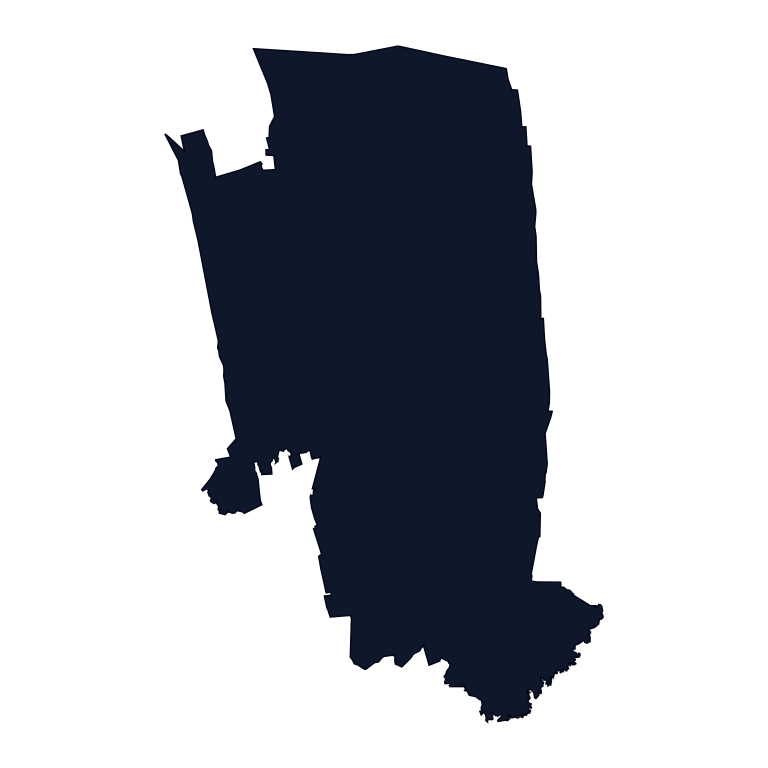 the district of Ciudad Valles, San Luis Potosí, Mexico
{"feature_id": "50627088B67869096393149", "entity_name": "Ciudad Valles", "entity_type": "district", "adm_level": 2, "iso_a3": "MEX", "parent_name": "Mexico", "parent_adm1": "San Luis Potosí", "projection": "natural_earth1", "projection_center": [-99.028, 22.078], "detail": "fine", "context": "isolated", "style": "filled", "palette": "ink", "viewbox_px": 768, "rotation_deg": 0, "n_neighbors": 0, "source": "geoboundaries", "source_scale": "gbopen_adm2", "svg_char_len": 6121}
<svg xmlns="http://www.w3.org/2000/svg" viewBox="0 0 768 768"><path d="M212.1,313.7L218.4,340.7L217.7,348.3L218.8,350.4L219.5,356.5L223.6,365.5L224.0,370.0L223.7,376.1L225.0,383.5L226.1,401.2L230.0,410.9L236.2,438.8L227.5,448.7L230.7,457.1L215.7,459.8L215.7,460.8L217.6,462.5L218.5,465.4L215.7,468.6L215.8,469.5L213.6,473.6L210.0,479.4L201.7,489.7L202.8,490.9L206.8,488.7L208.6,490.2L207.9,492.1L209.2,496.0L210.7,496.7L211.8,499.8L210.5,500.2L210.8,501.6L214.1,503.5L216.0,502.4L218.7,506.3L218.2,509.6L218.8,510.1L219.5,509.1L220.6,509.0L219.1,511.9L219.5,513.2L225.2,514.6L228.1,511.5L228.7,512.2L229.5,512.0L232.3,513.2L235.0,512.9L236.9,510.6L242.4,511.7L244.3,513.3L261.8,504.7L260.2,500.3L258.0,479.2L256.1,472.9L254.5,470.3L254.7,467.6L253.5,461.8L258.3,461.7L257.9,464.1L258.4,465.3L258.8,465.2L260.6,471.8L261.9,471.2L261.7,474.5L271.8,474.0L271.4,467.9L269.9,464.1L270.9,461.7L272.1,460.7L272.7,458.4L273.7,457.8L274.6,458.3L276.0,462.4L275.8,462.9L278.1,461.1L277.8,459.1L278.4,458.8L277.4,456.7L279.1,450.0L283.4,451.2L284.4,449.4L285.1,449.4L286.9,448.0L288.3,450.9L290.3,451.8L291.8,455.8L289.0,456.3L292.6,469.1L294.4,467.3L301.8,464.1L298.8,453.5L306.1,452.3L305.9,451.7L310.1,450.3L311.4,456.8L312.3,459.1L315.8,458.0L320.1,457.6L320.3,457.0L320.8,457.0L312.4,488.7L314.9,488.3L316.4,488.7L315.4,489.3L313.7,489.3L313.2,495.2L311.9,495.8L310.8,495.1L310.2,497.1L311.6,507.8L314.8,518.9L317.3,525.1L315.0,526.3L315.9,528.1L313.5,528.6L321.6,554.2L318.7,556.2L321.0,569.4L326.2,592.8L331.3,592.1L331.0,595.3L324.4,596.0L327.0,608.2L327.9,609.7L330.2,617.0L350.1,615.4L351.5,617.9L350.3,657.1L352.3,659.6L354.4,663.8L358.1,665.0L363.9,669.0L365.9,669.2L374.6,662.6L378.5,661.9L382.4,657.3L383.8,656.4L392.5,655.2L394.1,655.8L395.1,657.2L394.8,661.0L395.4,664.0L401.8,666.9L410.1,658.7L413.6,653.9L419.5,650.9L421.3,648.0L423.8,645.5L424.0,647.3L429.1,665.2L439.8,660.9L440.5,657.7L448.2,661.3L448.7,662.9L450.2,664.2L449.4,667.6L446.7,671.2L445.8,674.3L444.1,676.5L445.5,678.4L445.6,680.1L444.7,681.9L445.0,683.6L449.2,683.4L450.1,684.3L450.3,685.8L449.5,685.8L449.9,686.6L462.6,686.6L463.2,685.3L466.0,689.7L464.6,690.3L464.8,690.6L467.1,690.9L469.3,695.2L475.8,696.6L479.1,699.2L481.4,700.2L482.3,704.7L481.2,707.9L481.8,710.0L481.1,710.9L479.9,711.3L481.2,714.9L483.8,712.2L484.7,713.3L485.7,715.0L486.3,718.1L485.8,720.0L486.1,720.9L487.4,721.9L487.2,720.9L487.9,719.9L489.9,719.3L491.8,719.7L492.9,719.0L492.5,716.7L490.9,713.7L491.8,712.6L493.2,713.0L493.0,714.8L494.9,714.4L495.5,715.6L496.6,715.0L497.4,716.2L501.6,714.1L502.0,714.6L501.7,716.0L501.0,717.1L497.7,720.3L497.9,721.2L498.6,721.4L505.4,720.1L507.6,720.6L508.7,719.5L507.6,719.0L508.2,718.2L507.8,715.1L509.5,715.6L509.4,716.2L510.2,716.4L509.7,717.7L510.0,718.4L511.8,717.0L512.9,717.8L514.6,716.9L517.1,717.9L518.9,717.6L519.1,715.8L520.6,714.6L521.0,716.9L522.4,717.5L522.8,717.2L523.1,716.0L524.3,715.3L523.3,714.4L523.5,713.7L525.3,713.7L525.9,715.1L526.5,715.2L527.2,713.3L529.6,713.0L530.3,711.5L530.5,710.8L530.0,710.2L528.1,710.8L528.8,708.0L530.0,706.9L531.0,708.2L531.4,707.8L530.3,704.9L531.1,704.1L530.9,703.6L529.5,703.7L528.7,702.4L527.8,702.0L528.6,699.7L529.9,698.6L530.0,697.9L528.9,695.3L527.8,694.7L528.8,693.9L528.8,692.9L529.9,692.3L528.1,691.7L527.4,692.6L526.9,691.7L527.1,690.8L530.2,689.5L530.6,688.5L531.3,690.0L533.8,692.5L534.6,697.8L535.9,698.5L538.7,695.4L538.9,693.2L540.5,693.3L539.2,692.2L539.0,691.0L541.3,691.8L541.0,690.0L540.3,689.5L541.1,687.0L542.9,686.1L542.2,683.9L543.2,683.9L543.5,682.6L542.3,681.6L542.0,680.7L540.5,680.3L542.0,678.5L540.9,677.5L541.1,676.7L542.5,677.7L543.9,680.2L545.3,679.8L546.8,681.0L545.9,683.8L548.1,684.3L548.0,685.8L549.3,684.9L550.7,685.0L551.1,682.5L550.2,682.4L551.3,681.1L551.1,680.6L549.9,680.7L550.5,679.1L550.0,677.8L551.5,679.0L551.5,676.9L552.2,676.6L553.3,677.7L554.2,673.7L555.3,673.1L556.3,673.6L557.2,673.2L556.9,671.4L557.4,670.2L558.1,670.7L559.7,669.9L560.7,670.3L560.0,671.9L560.5,672.7L562.0,671.5L563.3,671.7L563.9,669.8L563.1,669.5L563.3,668.9L565.1,669.7L566.3,669.3L565.9,670.6L566.7,670.8L567.2,669.0L568.5,668.8L567.6,666.3L569.2,664.0L568.9,663.0L569.9,663.3L570.2,665.5L570.9,664.7L570.7,662.7L571.1,662.1L572.0,662.5L572.6,664.7L574.0,664.8L575.8,663.8L575.5,663.0L574.3,662.4L573.6,660.4L575.1,660.2L575.4,659.3L572.8,658.4L572.5,657.5L572.9,656.7L575.3,657.4L579.1,657.0L579.9,655.8L580.0,654.5L579.8,653.7L578.9,653.2L578.0,654.4L577.0,654.8L576.3,652.9L573.2,651.8L572.8,650.4L572.9,648.9L573.5,648.3L574.6,649.2L575.0,648.6L575.0,645.3L579.3,643.5L583.7,640.2L584.8,642.3L586.0,642.9L586.9,643.1L590.0,641.6L590.1,637.3L589.2,634.8L590.6,632.7L590.5,632.0L589.1,630.8L589.6,629.0L594.5,627.4L598.6,624.0L599.3,619.5L601.6,619.0L603.1,617.1L602.5,614.2L601.4,613.4L602.6,611.0L601.8,606.3L600.4,604.8L598.8,604.5L596.8,608.1L595.8,607.8L595.7,607.3L596.7,606.3L596.4,605.8L590.3,605.7L573.3,595.2L573.4,593.8L572.4,593.5L570.4,590.7L569.7,590.7L569.0,590.0L567.4,590.2L563.7,587.3L560.8,587.2L560.7,582.2L536.7,582.0L531.1,581.0L531.8,576.7L531.8,575.8L531.3,575.8L531.4,572.9L536.4,546.2L538.5,536.7L539.8,536.7L540.3,513.1L537.5,508.9L536.2,497.8L542.3,497.5L542.9,495.7L545.1,481.4L544.8,481.3L545.3,472.3L546.0,472.7L547.2,463.9L545.1,433.4L550.6,417.6L552.2,411.4L548.0,411.1L549.3,402.7L549.5,391.5L547.2,359.5L546.1,353.7L544.5,339.4L543.3,318.4L540.8,318.9L540.5,295.6L539.4,290.5L538.3,273.3L536.5,261.9L536.0,236.0L534.6,226.6L535.8,213.2L535.7,209.3L531.4,184.1L532.1,171.7L530.5,146.2L527.0,146.1L525.8,126.8L521.8,127.0L520.5,111.1L517.4,90.1L511.7,89.8L507.9,78.9L506.3,68.7L444.4,56.1L398.1,46.1L354.2,54.6L347.5,54.7L253.4,48.7L267.7,83.4L271.1,94.9L274.6,116.6L269.6,126.3L269.1,137.8L266.6,138.0L269.6,149.5L266.0,149.8L266.1,155.0L273.9,155.5L275.4,169.7L263.0,170.3L261.5,167.7L261.3,165.0L262.0,163.7L260.2,161.8L240.0,170.1L215.6,177.3L213.4,164.6L212.6,162.5L211.4,150.5L208.4,145.3L207.4,141.4L204.5,134.8L203.1,129.9L181.2,135.9L184.4,151.4L168.3,136.5L164.9,134.0L178.5,160.4L180.5,173.4L182.1,177.0L192.3,213.2L193.4,221.2L198.0,240.2L212.1,313.7Z" fill="#0f172a" stroke="#020617" stroke-width="1.5"/></svg>